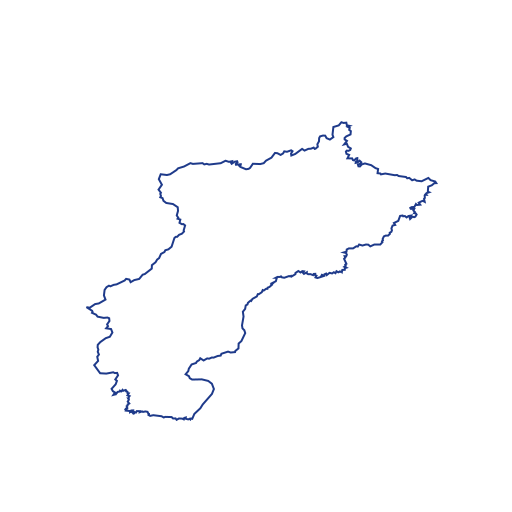 Yacopí, Cundinamarca, Colombia, rotated 63°
{"feature_id": "7082276B73695765304920", "entity_name": "Yacopí", "entity_type": "district", "adm_level": 2, "iso_a3": "COL", "parent_name": "Colombia", "parent_adm1": "Cundinamarca", "projection": "equal_earth", "projection_center": [-74.3, 5.612], "detail": "fine", "context": "isolated", "style": "outline", "palette": "blue", "viewbox_px": 512, "rotation_deg": 63, "n_neighbors": 0, "source": "geoboundaries", "source_scale": "gbopen_adm2", "svg_char_len": 6118}
<svg xmlns="http://www.w3.org/2000/svg" viewBox="0 0 512 512"><g transform="rotate(63 256 256)"><path d="M332.1,318.3L331.2,317.5L330.4,313.6L326.1,311.2L325.2,307.7L319.8,300.6L316.8,300.1L314.4,300.9L311.5,300.0L304.3,294.6L299.7,293.0L298.2,289.7L295.4,287.6L295.3,285.6L294.1,284.5L293.5,282.2L293.3,280.8L293.8,280.6L292.6,278.6L292.4,273.6L290.8,271.7L291.3,270.8L290.9,267.3L289.4,265.5L290.3,264.8L289.8,262.0L290.4,260.7L289.5,260.0L289.7,258.1L288.9,254.9L288.2,255.1L288.0,253.7L287.5,254.1L287.5,249.8L285.0,247.4L284.4,248.4L284.4,246.3L285.6,244.0L285.5,243.0L286.7,242.7L288.2,240.7L288.9,235.6L289.7,234.9L289.6,233.8L290.4,233.7L290.1,229.2L289.0,228.5L288.6,225.1L290.9,223.8L290.5,221.6L291.4,220.3L292.2,221.8L293.7,221.4L293.6,218.2L294.4,218.7L295.9,217.8L296.9,215.7L299.0,213.8L298.2,212.7L298.8,211.3L300.1,212.0L301.0,211.1L302.1,212.7L303.5,211.3L304.1,207.9L302.7,205.8L303.2,205.4L304.3,206.6L304.7,204.0L303.4,203.3L303.5,201.5L305.1,201.6L304.4,198.1L306.1,196.1L305.8,194.0L307.4,193.0L306.1,191.2L307.9,190.1L307.8,188.4L308.4,188.2L308.5,187.0L309.3,186.8L307.6,185.4L308.6,183.2L307.2,182.3L307.4,180.9L305.7,182.2L305.4,180.5L304.2,180.4L304.0,179.0L298.5,178.8L298.0,177.3L296.4,177.1L297.2,175.8L296.1,174.5L294.2,174.4L292.7,176.1L293.2,173.4L291.4,172.2L291.4,169.8L293.3,166.1L292.9,162.2L293.8,161.0L292.6,158.9L295.0,156.4L295.7,152.8L296.9,150.8L299.3,149.8L299.5,145.4L302.2,140.1L301.1,137.1L300.1,137.1L299.6,135.7L298.4,135.5L296.6,133.2L296.7,131.2L297.8,129.1L297.1,126.7L296.0,126.3L295.9,124.4L294.8,123.2L292.9,122.8L290.9,120.5L291.5,117.9L289.2,118.1L289.3,113.3L285.7,109.4L286.5,107.0L287.4,106.9L288.0,105.2L290.0,104.3L289.6,102.0L290.3,99.7L291.2,101.6L293.0,101.9L292.0,98.7L293.2,97.5L293.3,96.2L292.0,94.1L290.6,94.3L289.6,95.6L288.9,94.5L286.9,95.1L285.9,93.7L284.2,96.7L283.2,96.7L283.1,95.2L284.2,92.6L282.3,89.9L283.6,89.5L284.8,86.4L282.4,86.8L282.4,83.6L282.6,82.3L284.3,81.1L281.3,80.3L280.9,79.2L278.6,78.2L278.2,77.6L278.9,76.3L277.8,76.5L277.4,75.5L277.8,72.8L276.7,73.7L272.4,71.1L272.8,67.3L272.1,64.1L272.9,62.3L271.0,62.5L267.7,66.0L264.7,67.0L264.6,74.5L261.8,78.7L259.8,79.9L259.4,82.5L256.0,84.0L255.4,86.0L253.7,86.5L249.5,92.6L247.9,93.5L247.0,95.7L241.2,103.4L240.0,107.6L239.0,107.7L237.4,110.1L233.9,107.7L232.0,109.6L227.4,112.1L223.0,116.9L222.4,120.1L223.4,122.7L222.6,124.0L220.9,123.7L221.1,121.2L220.3,119.6L218.1,120.4L218.8,123.1L218.3,124.9L217.4,124.2L217.1,122.4L214.8,121.3L214.5,122.5L215.4,125.2L214.5,126.1L212.7,126.0L210.5,130.2L208.2,127.1L206.0,129.0L203.8,128.5L203.3,127.3L204.3,125.8L204.3,123.9L203.2,122.7L200.5,124.4L197.2,124.1L196.6,126.8L194.7,122.7L192.4,124.1L191.1,123.5L190.4,121.3L190.6,116.6L187.8,114.8L185.9,115.7L184.4,114.3L182.5,115.7L182.6,113.5L180.8,115.7L178.2,115.0L177.2,117.6L175.6,119.2L177.2,123.0L176.2,128.5L182.7,132.8L185.2,133.1L185.8,137.3L183.1,139.6L180.2,139.7L179.1,141.6L178.5,144.6L179.6,146.2L182.4,147.8L184.3,150.6L186.7,151.3L187.4,154.2L187.2,155.1L185.6,155.4L185.3,158.4L184.3,160.7L184.1,164.9L181.5,166.3L182.9,174.7L182.5,178.9L180.7,178.3L179.2,175.9L177.8,176.7L177.2,181.1L175.6,183.3L176.9,185.3L177.1,188.2L174.1,190.3L172.8,192.3L175.4,197.6L175.6,203.8L176.8,207.0L176.0,210.5L172.4,216.9L174.8,221.3L175.0,223.0L174.2,225.5L169.5,229.5L168.2,229.9L167.9,228.2L167.3,227.9L165.6,232.4L164.8,232.2L164.1,229.9L163.0,229.8L162.3,232.3L162.8,235.8L161.3,236.0L161.4,234.8L160.7,234.2L159.8,237.4L157.3,239.9L157.3,245.3L153.2,256.3L151.5,258.1L150.9,260.5L149.0,261.5L145.3,270.4L143.5,272.3L143.6,279.5L142.5,285.6L143.3,287.9L144.2,295.4L143.4,298.6L139.9,303.8L143.4,307.7L149.8,307.5L152.6,312.7L156.5,312.0L157.2,313.1L159.3,313.4L160.2,314.6L162.0,313.0L164.8,313.4L168.0,311.9L172.0,306.4L177.0,303.6L180.4,305.0L183.9,308.2L186.7,307.9L187.2,308.9L189.2,306.9L191.7,309.1L194.0,307.6L194.6,306.2L196.6,305.3L200.3,308.8L201.5,309.0L202.5,312.0L202.2,314.9L203.1,317.5L202.5,318.8L202.9,320.5L209.4,327.0L210.3,331.1L209.7,334.2L210.9,335.8L211.0,339.7L213.9,343.3L214.3,345.7L216.0,348.4L216.9,352.9L219.9,354.6L221.6,363.3L221.2,365.5L223.4,370.5L222.2,375.4L222.4,379.6L219.5,379.5L217.4,382.1L218.2,384.2L218.0,393.1L217.1,395.9L216.9,399.5L215.7,400.5L215.9,403.3L217.5,406.3L222.1,409.4L226.5,409.9L226.9,417.6L225.8,421.2L226.6,427.6L224.6,430.3L230.4,426.9L231.6,427.0L232.2,427.9L235.7,425.1L238.1,424.7L242.0,419.8L243.4,416.3L244.8,415.1L247.4,416.1L249.3,419.7L251.3,419.7L252.4,422.3L255.3,418.3L259.0,418.7L261.6,422.9L261.0,427.2L262.0,433.8L263.3,437.3L265.4,438.6L267.9,439.0L269.5,440.5L272.5,440.7L273.7,443.2L277.8,444.3L279.8,449.7L289.7,448.1L292.8,442.8L294.8,436.0L296.2,435.0L297.1,432.8L299.7,433.1L302.1,437.4L304.1,436.6L306.6,439.3L308.8,445.0L311.5,444.9L313.6,443.6L315.0,446.1L315.3,444.7L314.4,443.2L314.5,442.5L315.1,442.7L314.3,440.9L314.9,438.8L314.3,438.3L315.5,437.4L314.7,435.7L315.8,435.5L316.2,432.9L317.0,432.7L316.6,432.3L317.7,433.1L318.7,432.2L319.8,432.7L320.6,431.7L321.8,433.8L323.4,432.3L323.8,433.3L325.2,434.1L324.9,434.6L326.3,434.5L327.5,436.4L329.9,435.9L330.0,437.8L331.0,438.3L331.1,439.4L333.0,439.8L333.5,439.0L332.9,441.3L333.4,442.0L334.1,441.3L334.7,442.1L336.9,438.7L337.6,439.0L337.0,437.3L337.5,436.2L338.3,437.9L338.9,435.8L339.6,436.1L339.4,437.1L340.8,436.8L340.9,436.1L339.8,435.2L341.0,434.1L340.1,432.7L341.6,429.8L342.4,430.5L342.8,428.0L343.6,427.5L344.3,425.1L345.6,423.4L347.8,423.5L348.6,422.4L348.3,423.6L348.8,424.0L350.4,422.9L351.2,419.8L355.9,412.9L358.0,411.5L358.1,410.0L361.2,404.3L363.1,403.7L364.2,401.4L365.9,401.1L365.8,398.4L367.4,395.6L368.8,394.5L367.7,393.5L368.0,391.9L369.0,392.6L370.8,390.6L370.9,389.0L371.9,388.7L371.3,387.6L372.1,386.7L368.7,382.6L366.4,374.7L364.1,370.9L358.9,357.9L355.4,353.9L349.8,353.3L345.6,355.3L341.3,360.3L337.1,369.0L334.8,370.5L332.7,370.3L329.4,372.4L327.8,368.6L325.9,367.0L323.4,362.6L324.1,358.0L323.2,356.6L323.0,353.8L321.8,352.1L325.3,350.1L325.1,346.0L326.2,344.4L326.4,341.4L327.3,339.9L327.7,335.5L328.7,332.7L327.4,331.2L328.5,324.3L330.5,322.4L332.1,318.3Z" fill="none" stroke="#1e3a8a" stroke-width="2"/></g></svg>